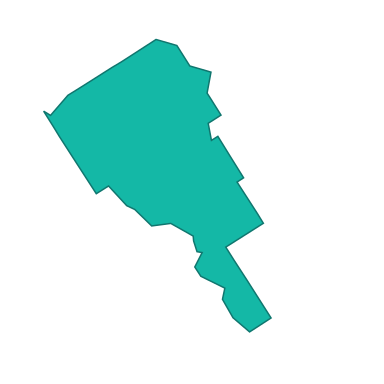 the district of Clayton, Georgia, United States of America, rotated 327°
{"feature_id": "52423323B9974205339901", "entity_name": "Clayton", "entity_type": "district", "adm_level": 2, "iso_a3": "USA", "parent_name": "United States of America", "parent_adm1": "Georgia", "projection": "equal_earth", "projection_center": [-84.36, 33.501], "detail": "fine", "context": "isolated", "style": "filled", "palette": "teal", "viewbox_px": 384, "rotation_deg": 327, "n_neighbors": 0, "source": "geoboundaries", "source_scale": "gbopen_adm2", "svg_char_len": 699}
<svg xmlns="http://www.w3.org/2000/svg" viewBox="0 0 384 384"><g transform="rotate(327 192 192)"><path d="M189.7,340.7L190.1,295.7L190.1,272.3L190.3,256.6L234.8,257.1L235.1,245.3L235.2,208.2L243.0,208.2L243.5,181.0L244.0,159.4L236.4,159.3L243.0,143.2L258.2,143.3L258.5,122.8L258.5,117.3L273.2,101.8L258.8,85.1L259.1,60.9L244.9,44.5L203.3,44.4L192.8,44.0L155.6,43.6L140.6,43.3L115.1,50.7L111.6,43.4L111.3,62.7L111.0,73.2L110.9,97.6L110.8,141.3L125.3,141.5L129.8,167.9L134.5,175.5L139.7,198.5L157.1,206.8L169.0,229.6L166.7,233.9L163.7,244.8L167.5,248.3L153.5,256.4L153.5,267.5L167.2,290.5L159.1,298.6L157.9,319.8L164.1,340.7L189.7,340.7Z" fill="#14b8a6" stroke="#0f766e" stroke-width="1.5"/></g></svg>